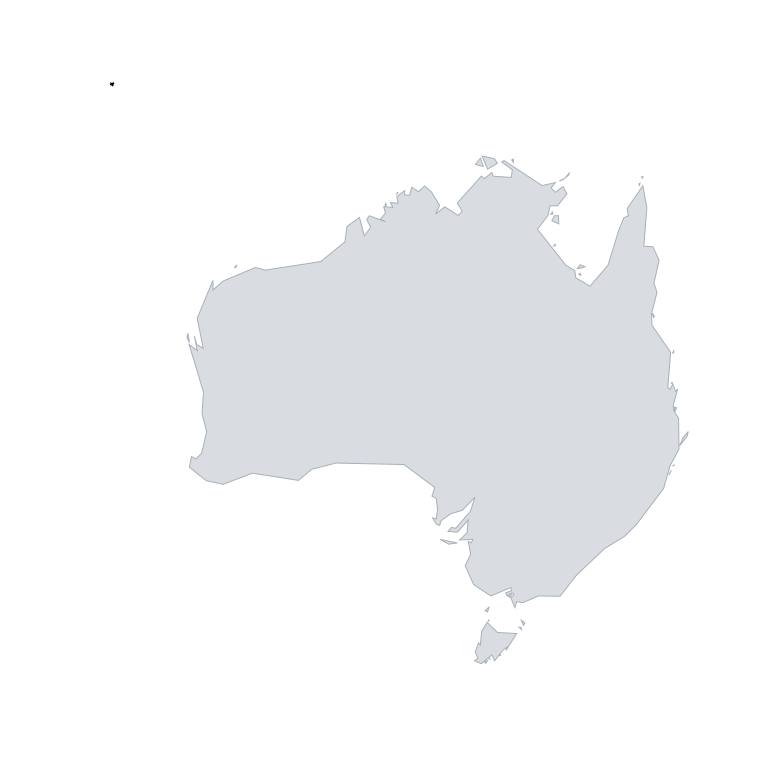 location of Christmas Island, Australia, rotated 7°
{"feature_id": "25037944B52215188187413", "entity_name": "Christmas Island", "entity_type": "district", "adm_level": 2, "iso_a3": "AUS", "parent_name": "Australia", "parent_adm1": "", "projection": "orthographic", "projection_center": [105.63, -10.491], "detail": "medium", "context": "in_parent", "style": "filled", "palette": "ink", "viewbox_px": 768, "rotation_deg": 7, "n_neighbors": 0, "source": "geoboundaries", "source_scale": "gbopen_adm2", "svg_char_len": 4404}
<svg xmlns="http://www.w3.org/2000/svg" viewBox="0 0 768 768"><g transform="rotate(7 384 384)"><path d="M623.4,176.8L625.1,215.6L634.1,215.0L642.0,227.7L639.6,251.0L643.8,259.8L641.0,281.3L642.7,292.9L664.6,317.6L666.1,352.5L668.5,354.7L670.6,348.9L674.4,355.9L676.1,353.1L673.6,370.2L675.3,375.7L680.6,382.1L684.7,412.5L677.8,430.7L674.3,453.6L651.7,492.6L641.1,506.1L623.0,520.4L598.4,550.2L584.6,573.2L563.0,575.6L548.7,584.0L542.2,583.9L541.2,589.9L535.6,580.1L537.9,578.4L538.2,576.2L536.5,575.8L531.6,579.0L530.3,576.4L535.8,573.6L534.7,570.6L515.8,581.3L497.4,572.2L486.7,554.5L490.8,542.2L486.8,530.0L490.1,530.9L491.2,527.5L478.1,529.5L484.6,521.5L484.1,508.7L475.0,522.1L465.5,522.5L468.5,518.1L472.7,518.5L485.2,500.0L488.1,485.3L477.1,499.8L466.1,504.6L457.1,513.0L456.5,517.7L453.0,516.7L448.6,511.0L452.4,511.4L452.5,502.1L449.8,491.3L445.3,489.5L447.0,480.5L413.8,461.5L345.9,468.3L322.6,477.5L310.8,490.1L264.2,488.6L236.4,503.2L219.3,501.6L201.0,490.3L201.8,479.4L206.4,481.4L211.4,475.0L213.8,452.8L207.0,435.6L205.9,414.2L185.7,368.4L194.6,373.6L190.0,359.6L193.4,367.8L200.2,370.5L190.6,341.6L201.6,302.0L202.8,311.5L211.8,301.4L242.2,284.0L252.4,285.4L306.2,270.2L327.9,247.7L328.0,232.2L339.3,221.7L346.4,239.3L351.8,230.1L346.8,223.0L348.9,218.8L365.6,222.7L360.4,220.7L364.6,214.2L362.1,208.0L371.2,207.7L368.3,203.1L375.9,202.9L373.9,196.3L381.0,189.5L381.2,193.8L386.4,193.6L387.6,185.4L394.8,188.9L400.2,182.6L407.8,187.7L417.4,199.9L414.6,209.0L422.7,200.7L437.1,207.7L440.6,203.0L434.7,195.5L455.3,165.8L458.6,168.1L465.3,160.9L467.0,164.4L485.1,163.5L485.3,155.9L473.8,149.3L475.9,147.6L516.8,167.8L529.5,163.2L526.0,169.0L530.7,172.9L537.6,166.2L542.4,173.0L534.3,186.2L527.0,186.7L526.2,196.7L517.5,211.7L550.1,244.1L559.5,248.1L561.4,255.2L576.5,261.8L591.9,238.8L598.2,203.0L601.8,189.8L606.2,187.1L603.9,180.5L616.7,155.7L623.4,176.8ZM515.4,608.0L526.9,616.8L546.1,615.5L537.5,633.6L538.1,630.2L534.4,633.7L527.5,645.3L524.2,639.6L514.6,649.7L507.7,647.7L510.8,644.9L507.2,638.9L509.4,629.4L511.4,631.4L511.1,617.7L515.4,608.0ZM453.6,145.8L466.2,146.9L469.6,151.1L460.7,158.2L453.6,145.8ZM458.6,531.4L476.2,532.8L467.7,535.1L458.6,531.4ZM536.6,195.7L538.0,203.7L530.7,201.6L532.6,196.3L536.6,195.7ZM685.0,409.1L687.4,400.6L691.8,394.1L691.1,399.3L685.0,409.1ZM549.0,601.7L553.0,604.0L551.8,606.6L549.0,601.7ZM452.2,148.0L456.0,156.0L448.0,154.9L452.2,148.0ZM514.5,597.6L512.0,596.5L515.6,592.3L514.5,597.6ZM569.2,243.1L565.5,245.0L561.8,245.8L564.2,241.7L569.2,243.1ZM185.8,366.5L182.9,362.2L182.9,358.3L183.4,358.2L185.8,366.5ZM549.5,608.9L550.4,610.9L547.6,608.9L549.5,608.9ZM675.2,371.6L677.3,372.0L676.2,375.7L675.2,371.6ZM641.8,281.1L644.1,283.8L643.4,285.1L641.8,281.1ZM520.5,645.9L519.1,648.8L517.9,647.6L520.5,645.9ZM679.7,434.5L678.2,439.0L677.9,438.9L679.7,434.5ZM485.3,148.3L483.5,146.0L484.9,145.0L485.3,148.3ZM541.6,154.4L538.3,157.9L542.4,151.5L541.6,154.4ZM682.0,429.1L680.4,430.4L681.7,428.9L682.0,429.1ZM537.3,225.7L535.6,226.3L536.7,224.5L537.3,225.7ZM530.8,194.9L528.7,195.1L530.2,192.8L530.8,194.9ZM223.5,283.6L222.6,286.7L221.6,286.4L223.5,283.6ZM613.7,153.5L613.3,156.2L612.7,154.1L613.7,153.5ZM536.0,577.0L535.8,578.4L535.4,577.9L536.0,577.0ZM537.5,159.0L533.3,161.2L537.6,158.3L537.5,159.0ZM374.5,192.5L372.8,194.3L374.0,192.2L374.5,192.5ZM522.7,644.0L521.5,644.4L522.6,643.4L522.7,644.0ZM566.1,252.0L564.1,251.7L565.4,250.2L566.1,252.0ZM364.7,206.0L363.4,206.9L363.5,204.5L364.7,206.0ZM532.8,639.1L531.1,639.7L532.4,638.2L532.8,639.1ZM615.7,146.5L615.3,148.2L614.3,147.2L615.7,146.5ZM534.4,578.8L535.1,580.3L533.1,579.6L534.4,578.8ZM667.7,318.0L666.6,317.8L667.5,315.9L667.7,318.0ZM669.7,348.4L669.1,348.3L670.0,346.9L669.7,348.4ZM517.1,605.9L516.2,607.0L516.5,605.5L517.1,605.9Z" fill="#d9dde1" stroke="#a8b0b8" stroke-width="1"/><path d="M78.4,118.4L78.3,118.5L78.2,118.6L78.2,118.8L77.9,119.0L77.7,119.1L77.4,119.2L77.1,119.2L76.9,119.1L76.7,119.0L76.6,118.9L76.4,118.8L76.4,119.0L76.5,119.2L76.5,119.3L76.5,119.6L76.4,119.6L76.2,119.9L76.2,120.0L76.3,120.0L76.5,119.8L76.9,119.8L77.0,119.8L77.3,119.9L77.5,120.0L77.8,120.2L77.8,120.3L77.8,120.5L77.9,120.8L78.0,120.9L78.3,120.8L78.3,120.7L78.2,120.6L78.3,120.5L78.3,120.4L78.3,120.2L78.4,119.9L78.4,119.7L78.5,119.7L78.7,119.4L78.8,119.3L79.0,119.2L78.9,119.2L78.9,118.9L78.8,118.7L78.8,118.4L78.7,118.3L78.4,118.4L78.4,118.4Z" fill="#0f172a" stroke="#020617" stroke-width="1.5"/></g></svg>